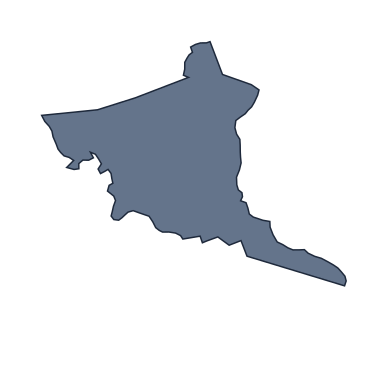 Ibicaré, Santa Catarina, Brazil, rotated 341°
{"feature_id": "56859067B58782294534610", "entity_name": "Ibicaré", "entity_type": "district", "adm_level": 2, "iso_a3": "BRA", "parent_name": "Brazil", "parent_adm1": "Santa Catarina", "projection": "albers", "projection_center": [-51.372, -27.115], "detail": "fine", "context": "isolated", "style": "filled", "palette": "slate", "viewbox_px": 384, "rotation_deg": 341, "n_neighbors": 0, "source": "geoboundaries", "source_scale": "gbopen_adm2", "svg_char_len": 1633}
<svg xmlns="http://www.w3.org/2000/svg" viewBox="0 0 384 384"><g transform="rotate(341 192 192)"><path d="M81.5,128.0L87.8,132.3L92.6,133.2L94.2,128.3L99.2,126.3L104.7,128.3L109.9,127.6L108.9,121.3L113.0,124.9L114.5,130.6L115.5,135.9L110.7,139.7L111.5,144.8L116.2,144.1L120.0,143.3L121.5,148.1L120.6,153.1L120.0,158.0L115.8,158.7L112.4,163.6L116.7,170.4L116.9,175.2L113.1,179.9L110.1,184.8L107.7,188.4L109.1,192.6L113.5,194.8L117.5,193.5L121.0,191.9L125.0,190.2L130.3,190.5L135.4,194.6L140.0,198.2L143.5,200.9L145.2,207.4L146.1,213.9L148.5,217.6L151.1,220.3L157.1,222.3L163.1,225.5L167.0,229.5L168.0,233.5L185.3,236.4L185.3,243.4L190.1,243.1L201.8,242.9L209.8,254.4L222.5,253.9L223.1,270.6L305.7,330.4L308.8,326.3L309.2,321.4L307.2,316.1L305.2,311.4L302.0,307.1L297.9,302.4L292.7,296.8L287.1,292.8L281.9,287.7L279.5,283.1L274.8,281.7L268.6,279.6L264.5,276.0L260.7,271.3L256.3,267.0L254.7,258.8L254.4,250.7L256.0,245.2L249.8,241.8L245.4,238.4L241.8,235.7L239.0,231.5L239.6,225.5L239.6,219.7L235.1,216.1L238.2,212.9L239.0,208.9L236.5,205.1L236.7,199.8L238.9,192.5L244.0,186.6L247.9,180.5L249.2,175.0L250.6,170.1L252.8,163.4L254.4,157.8L253.0,151.8L253.5,145.1L256.7,138.7L261.8,137.0L267.9,135.3L271.5,133.0L276.1,130.9L280.2,127.4L285.6,121.8L288.6,117.3L283.1,109.9L259.1,90.8L258.0,55.7L254.2,55.7L248.5,53.8L243.3,53.6L237.9,54.5L237.9,60.1L233.9,61.4L230.9,63.8L227.4,67.0L225.1,73.5L221.9,78.8L226.0,82.5L169.0,84.5L129.4,83.5L74.8,70.6L75.8,77.4L78.4,83.5L79.4,88.8L78.6,94.6L79.2,102.5L79.3,107.8L80.7,111.9L82.8,116.2L87.1,119.3L90.4,123.6L86.4,125.6L81.5,128.0Z" fill="#64748b" stroke="#1e293b" stroke-width="1.5"/></g></svg>